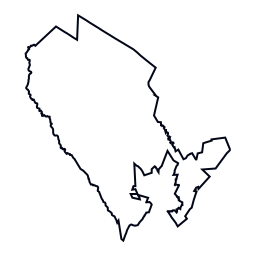 Umguza, Matabeleland North, Zimbabwe
{"feature_id": "62879985B92853728292751", "entity_name": "Umguza", "entity_type": "district", "adm_level": 2, "iso_a3": "ZWE", "parent_name": "Zimbabwe", "parent_adm1": "Matabeleland North", "projection": "equal_earth", "projection_center": [27.996, -19.86], "detail": "fine", "context": "isolated", "style": "outline", "palette": "ink", "viewbox_px": 256, "rotation_deg": 0, "n_neighbors": 0, "source": "geoboundaries", "source_scale": "gbopen_adm2", "svg_char_len": 5726}
<svg xmlns="http://www.w3.org/2000/svg" viewBox="0 0 256 256"><path d="M56.0,26.5L35.3,45.8L34.7,45.3L34.4,44.8L34.0,44.7L33.4,45.1L32.4,45.4L31.8,46.0L31.1,45.7L30.9,45.7L30.2,46.8L29.3,47.6L28.9,47.6L28.5,47.1L28.1,47.3L28.3,47.9L28.7,48.2L29.1,48.8L29.2,49.1L28.7,49.6L28.2,49.8L27.6,51.2L27.1,51.6L26.7,52.5L25.7,53.4L25.7,54.0L25.9,55.1L25.9,56.4L26.2,57.6L26.4,57.8L27.3,58.2L27.7,59.3L27.9,59.7L28.5,60.0L29.0,59.8L29.5,59.8L29.7,60.1L29.7,61.3L29.3,62.8L29.9,65.0L28.7,68.1L28.5,68.5L28.4,69.6L28.6,70.3L28.9,70.7L31.1,71.9L31.3,72.3L31.3,72.6L31.0,73.2L29.7,74.1L29.2,74.9L28.9,76.2L28.9,78.8L28.5,79.9L28.5,81.4L27.9,84.2L27.0,86.2L26.3,87.3L26.2,87.7L26.2,88.1L26.4,88.5L27.1,89.3L27.8,89.6L28.1,89.9L28.4,90.7L29.0,91.3L29.1,91.9L28.8,92.9L28.8,93.7L28.9,93.9L30.2,94.5L30.5,94.8L30.6,95.2L30.1,96.2L30.1,96.7L30.4,97.4L31.3,98.8L31.8,99.0L32.1,99.0L32.3,99.1L32.4,99.3L32.5,100.0L33.3,100.0L33.6,99.6L33.8,99.6L35.0,102.4L35.6,103.1L36.8,103.2L37.3,103.7L37.3,105.0L36.9,105.8L37.0,106.5L36.9,107.1L37.0,107.6L37.4,108.0L38.9,108.4L39.4,108.6L39.5,109.0L39.5,109.6L39.3,110.5L39.5,111.0L40.0,110.9L40.4,110.5L40.7,110.5L41.6,111.5L41.9,112.1L41.4,112.9L41.3,113.5L41.5,113.7L41.9,113.7L42.3,113.8L42.3,114.4L42.0,115.1L42.0,115.5L42.2,115.9L43.5,115.8L43.9,115.2L44.2,115.1L45.7,116.4L46.5,116.5L47.2,116.1L48.2,116.7L49.4,116.6L49.7,116.8L49.6,118.3L50.2,119.5L50.3,120.9L50.5,121.5L50.4,122.0L50.5,122.6L50.9,123.1L51.5,123.4L51.7,123.6L51.7,124.1L50.9,124.8L50.7,125.2L50.7,125.9L51.0,126.5L52.3,127.9L52.9,128.8L53.2,130.3L53.1,132.2L53.3,133.1L53.3,133.5L53.6,134.2L54.6,135.4L55.1,135.6L56.1,135.4L57.0,135.5L57.5,135.8L58.0,136.6L58.2,137.9L58.5,139.6L59.0,140.4L59.2,141.0L59.1,141.9L59.1,143.0L59.2,143.4L60.4,144.8L60.8,145.5L60.8,146.4L60.6,146.9L60.7,147.8L61.3,148.3L61.5,148.2L61.7,147.8L61.9,147.8L62.3,148.2L62.7,149.1L63.0,149.3L63.5,149.4L64.1,148.9L64.5,148.9L65.0,149.2L65.2,149.7L64.7,150.8L64.6,151.2L64.8,151.6L65.4,152.5L66.1,153.1L66.7,153.9L67.0,153.8L67.2,153.3L67.4,153.1L69.3,154.0L70.0,154.1L70.1,154.4L70.1,155.0L71.6,155.1L71.9,155.4L72.9,157.3L73.8,158.4L74.6,159.0L74.8,159.5L80.5,168.9L83.4,170.8L87.4,174.9L88.0,176.2L88.0,176.4L88.5,178.8L88.9,178.8L89.6,182.1L90.9,184.5L91.1,184.5L91.5,184.3L91.8,184.3L92.3,184.5L93.0,185.3L93.3,185.3L93.6,184.9L93.8,184.9L94.4,185.4L95.3,185.6L96.1,186.1L97.0,186.2L97.6,186.5L97.9,187.0L98.1,187.3L98.1,188.8L97.7,190.3L97.8,190.9L97.9,191.1L98.7,191.5L99.3,192.2L99.5,193.1L100.7,195.9L100.8,196.4L101.9,199.0L103.0,200.5L103.2,201.6L103.3,201.8L103.9,202.2L104.9,202.5L105.3,203.0L105.5,203.6L105.6,205.4L106.2,206.1L107.6,207.3L107.7,207.6L107.9,210.3L108.3,210.7L109.4,211.2L111.3,212.7L111.8,213.3L111.8,214.6L112.1,215.1L113.1,215.7L114.1,216.1L114.6,216.5L114.8,216.9L116.0,219.6L116.6,220.4L116.8,221.7L117.2,222.8L118.5,220.6L121.4,239.0L123.3,240.6L125.5,234.5L126.0,233.6L127.1,230.1L129.5,225.5L131.1,224.5L131.3,224.5L133.2,225.3L135.0,225.7L137.7,225.2L139.2,223.0L139.2,222.7L142.6,219.0L143.1,217.7L144.1,216.4L144.4,215.5L144.7,215.2L144.8,215.3L146.3,212.6L148.9,212.3L151.7,204.6L150.9,203.3L149.5,202.0L148.3,202.2L147.5,201.9L147.1,202.3L146.7,202.4L146.3,202.3L148.1,197.8L138.1,194.9L138.0,195.4L138.2,195.7L139.1,196.0L139.2,196.6L139.0,197.0L139.5,197.7L139.9,199.4L132.4,197.7L130.7,194.0L137.5,194.0L135.4,189.2L132.3,189.7L133.5,186.1L135.4,186.1L134.3,163.6L136.2,165.4L136.8,165.8L138.1,166.3L138.8,167.1L140.5,168.6L141.7,170.2L142.7,171.9L144.3,175.3L151.7,172.8L151.7,169.2L154.7,166.3L155.2,166.6L155.7,167.5L156.0,167.5L156.5,168.7L157.3,169.2L157.5,169.5L157.6,169.9L157.4,170.6L158.5,172.2L158.6,169.5L161.6,166.0L161.9,165.8L161.9,165.5L162.5,163.9L167.5,150.9L173.5,160.4L178.1,163.2L177.6,164.9L176.6,165.8L174.7,170.5L174.6,172.5L174.1,173.4L173.8,174.4L173.5,174.9L177.6,174.7L176.4,178.4L176.6,178.6L176.3,179.5L175.7,179.5L175.8,182.0L174.8,184.9L175.0,185.1L175.5,184.5L176.1,184.5L177.8,185.0L178.8,184.9L179.0,185.2L174.8,193.8L176.9,196.1L176.8,196.6L177.0,196.8L177.8,197.4L178.7,197.1L178.8,197.2L178.6,197.6L178.1,198.0L179.1,199.1L178.6,199.9L178.8,200.3L180.3,201.3L182.3,202.3L182.4,204.9L181.8,204.8L181.3,206.1L180.5,207.5L180.3,209.0L178.5,207.8L178.4,207.9L178.3,208.8L176.7,209.3L177.0,210.1L177.1,211.8L176.6,212.5L174.6,210.3L173.0,210.3L172.5,211.1L172.2,210.8L171.9,211.0L170.7,211.2L170.7,211.5L168.9,211.5L168.9,211.2L167.6,211.2L167.1,210.5L170.1,214.9L171.7,217.5L175.7,222.8L177.7,226.4L186.6,219.0L186.5,218.8L186.8,218.6L185.2,216.2L190.0,209.0L191.7,207.7L193.8,199.8L196.5,191.6L194.2,191.0L194.7,190.2L195.4,190.6L195.7,189.7L195.2,189.4L196.1,187.7L198.2,186.9L198.5,188.9L209.7,176.6L202.3,169.5L215.6,168.5L226.7,153.4L230.3,149.8L230.2,149.9L225.2,137.6L211.5,139.4L211.7,140.6L203.3,143.2L202.1,152.3L197.7,153.4L196.4,159.4L195.8,159.4L192.1,153.2L190.1,153.9L190.1,154.1L187.7,155.4L186.8,156.7L185.9,158.2L183.5,159.2L178.3,149.6L175.6,151.3L174.6,147.3L174.1,147.6L172.3,144.9L172.7,144.7L172.9,143.2L173.5,143.0L173.4,142.6L172.1,142.3L170.7,143.1L170.2,142.6L170.7,141.7L170.4,140.3L169.8,140.1L169.8,139.3L168.4,139.5L168.2,138.7L169.0,138.1L169.7,137.8L169.9,137.3L169.3,137.4L169.2,136.5L168.3,136.7L167.4,135.5L167.9,134.6L168.1,133.6L167.9,132.7L166.3,132.2L165.8,132.9L165.4,131.4L166.1,131.0L166.0,130.7L166.0,130.1L165.1,130.2L163.8,128.0L164.5,127.1L162.7,125.4L162.0,125.9L161.6,125.4L161.0,125.3L160.9,122.2L157.9,122.0L154.0,115.5L158.2,97.4L155.5,95.6L155.9,95.6L149.7,87.4L149.0,86.2L148.5,84.7L148.5,82.1L149.7,80.2L155.7,67.7L149.5,62.8L140.8,55.8L136.8,52.1L133.2,49.2L114.3,37.9L101.2,29.8L99.1,28.4L90.0,22.8L86.1,20.2L78.1,15.4L77.1,39.8L73.9,37.9L66.0,32.7L65.6,32.6L56.0,26.5Z" fill="none" stroke="#020617" stroke-width="2"/></svg>